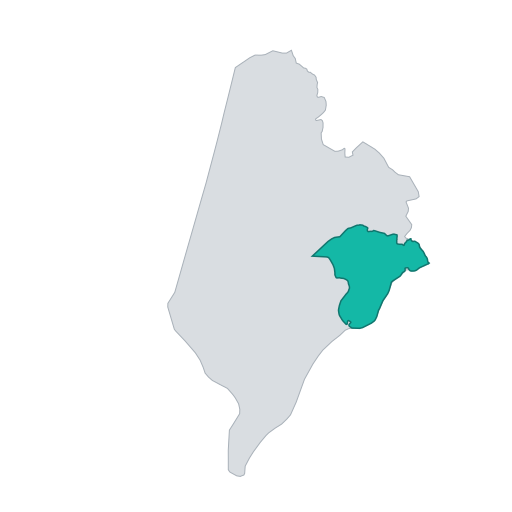 Aleppo highlighted on a map of Syria, rotated 137°
{"feature_id": "SYR-137", "entity_name": "Aleppo", "entity_type": "Province", "adm_level": 1, "iso_a3": "SYR", "parent_name": "Syria", "parent_adm1": "", "projection": "robinson", "projection_center": [37.495, 36.172], "detail": "fine", "context": "in_parent", "style": "filled", "palette": "teal", "viewbox_px": 512, "rotation_deg": 137, "n_neighbors": 0, "source": "natural_earth", "source_scale": "10m", "svg_char_len": 5285}
<svg xmlns="http://www.w3.org/2000/svg" viewBox="0 0 512 512"><g transform="rotate(137 256 256)"><path d="M96.2,188.2L100.0,188.6L108.1,193.4L109.4,193.2L111.9,186.9L114.3,184.8L119.3,182.9L120.7,172.7L123.1,170.7L125.9,169.7L130.2,169.5L134.0,168.9L134.2,167.1L129.0,155.3L129.5,152.3L132.0,140.4L133.6,135.8L135.2,134.3L141.1,134.9L149.4,137.0L151.6,140.4L155.7,143.4L161.8,143.2L168.9,143.8L174.4,144.0L178.8,141.8L188.7,137.8L193.7,136.5L198.1,134.7L212.5,128.2L218.3,128.7L222.2,129.6L225.2,130.6L232.0,135.1L237.6,139.6L241.5,140.9L248.6,140.8L258.8,141.7L271.3,141.6L278.6,140.4L288.0,138.2L304.6,132.8L326.3,121.7L339.1,116.3L344.7,115.7L351.9,115.6L359.1,117.0L367.3,118.0L371.1,117.9L379.9,116.8L391.4,114.6L398.6,112.7L407.2,109.7L412.6,104.7L414.3,104.1L416.6,105.1L417.7,105.4L420.0,108.3L422.4,115.6L422.4,116.5L422.0,118.6L416.4,124.6L408.8,132.8L403.4,138.0L394.2,146.8L387.2,148.6L375.5,151.8L372.4,154.9L369.5,159.8L367.9,166.5L367.4,170.8L367.2,178.7L370.1,186.8L372.8,194.7L373.3,199.9L373.1,205.0L370.6,210.5L367.9,218.0L366.4,226.5L365.8,242.3L365.9,255.9L365.7,258.1L360.9,267.7L355.3,278.9L352.7,281.5L340.2,284.8L326.6,293.0L311.4,302.2L297.6,310.5L283.1,319.2L268.0,328.3L257.2,334.8L242.8,343.4L229.6,351.7L216.2,360.1L206.1,366.5L190.6,376.5L181.6,382.5L168.3,391.1L156.5,398.8L142.6,407.9L125.2,405.2L119.7,403.6L115.2,399.3L111.9,397.0L103.7,394.6L98.4,386.5L95.3,383.6L89.8,382.3L92.2,377.1L92.6,373.7L95.0,369.6L93.5,366.8L92.9,361.0L91.8,359.6L91.4,358.0L92.3,356.2L92.0,354.2L91.0,353.4L90.6,350.5L89.8,348.4L90.2,345.7L91.5,344.1L92.7,340.8L94.2,339.8L96.5,337.7L97.2,335.6L99.3,333.5L102.1,331.8L102.7,330.4L102.3,329.6L99.5,328.1L98.0,325.4L99.4,321.4L100.3,320.2L101.9,318.3L105.7,315.4L108.7,314.9L111.2,314.9L115.5,315.1L118.8,315.6L119.6,314.9L119.5,313.9L115.4,311.5L115.2,309.6L116.2,307.6L119.2,304.4L122.6,302.0L124.4,301.6L128.4,296.9L130.9,291.6L126.9,278.7L124.4,276.6L120.4,274.8L118.0,274.6L117.8,273.7L121.0,270.5L123.3,267.6L120.8,264.9L116.3,263.6L114.6,266.4L108.9,266.7L100.0,266.6L96.2,253.0L95.6,247.1L95.8,240.3L98.5,230.4L97.3,225.8L97.2,222.7L96.5,218.4L89.6,209.2L93.5,192.3L96.2,188.2Z" fill="#d9dde1" stroke="#a8b0b8" stroke-width="1"/><path d="M214.1,127.8L217.4,128.2L227.0,131.0L229.5,132.4L234.9,137.8L235.6,140.6L235.6,140.8L235.6,141.1L235.5,141.5L235.2,142.0L234.7,142.4L232.2,142.7L232.0,142.8L231.8,142.9L231.7,143.2L231.8,143.7L232.0,144.8L232.2,145.3L232.4,145.6L232.5,145.8L232.9,145.9L233.2,145.8L233.6,145.7L234.1,145.4L235.3,144.3L235.7,144.1L235.9,144.1L236.1,144.1L236.3,144.2L236.5,144.3L236.7,144.6L236.7,144.8L236.7,145.1L236.7,149.1L236.5,150.9L236.1,152.6L235.7,154.7L235.4,155.8L234.8,157.0L232.9,159.8L232.4,160.3L231.8,160.8L228.5,163.1L224.4,165.3L216.0,166.7L214.1,166.8L212.7,167.1L210.7,168.2L209.8,168.6L209.5,168.8L209.0,169.4L208.4,170.2L208.0,171.0L207.4,172.5L206.3,174.1L206.1,174.5L205.9,175.0L205.9,175.4L205.9,176.2L206.1,177.1L206.8,178.9L207.2,179.8L207.7,180.4L208.4,181.2L209.1,182.0L209.7,183.1L209.8,183.1L211.8,184.8L212.0,185.1L212.1,185.4L212.0,186.0L211.9,186.3L211.8,186.6L211.7,186.8L211.5,187.5L211.1,188.4L211.0,188.5L210.8,188.8L209.8,189.8L207.8,192.6L207.7,192.7L207.4,193.1L207.0,193.8L205.6,197.2L204.3,202.7L204.0,204.9L204.0,205.2L204.1,205.5L204.2,205.9L204.3,206.1L204.4,206.3L205.1,207.3L214.9,217.5L193.3,217.5L189.0,216.9L186.7,216.2L185.8,215.9L182.5,213.6L182.4,213.5L181.5,212.9L173.1,213.5L170.2,213.4L169.8,213.3L169.4,213.1L167.5,211.9L163.2,210.4L161.1,209.6L160.9,209.4L160.1,208.7L159.8,208.4L159.5,208.3L159.1,208.1L158.8,208.0L157.2,206.1L156.9,205.7L156.7,204.6L156.6,204.2L156.3,203.7L155.8,202.9L155.1,200.6L155.3,200.1L155.7,199.9L156.2,199.6L156.4,199.5L156.7,199.3L157.0,199.0L157.1,198.8L157.3,198.4L157.4,198.2L157.4,197.7L157.2,197.2L155.5,196.0L154.5,195.0L153.9,194.6L153.1,194.5L152.9,194.4L152.6,194.4L152.3,194.0L151.9,193.4L149.4,188.9L146.7,185.0L146.6,184.8L146.6,184.5L146.6,184.0L146.5,182.1L146.4,181.7L146.3,181.3L146.0,181.0L145.5,180.6L141.3,178.7L140.8,178.4L140.3,178.0L139.9,177.5L139.5,176.8L138.5,175.4L139.1,174.4L140.8,173.0L141.1,172.7L141.3,172.4L141.5,172.1L141.8,171.9L142.3,171.7L142.8,171.0L143.8,170.0L144.0,169.7L144.3,169.4L144.3,169.1L144.4,168.9L144.4,168.6L144.2,168.1L142.9,166.5L141.3,165.1L141.0,164.5L140.9,163.6L140.9,163.4L140.8,163.2L140.7,163.0L140.5,162.9L140.3,162.9L139.9,163.0L138.9,163.7L138.6,163.8L137.0,163.8L135.2,164.2L134.6,164.5L134.0,163.8L133.2,163.5L131.5,163.4L131.0,162.9L131.5,162.3L131.8,161.4L131.8,160.8L131.8,160.4L131.6,160.0L131.4,159.6L131.2,159.4L130.4,159.0L130.0,158.7L129.7,158.3L128.8,155.0L128.7,154.0L128.9,153.1L130.4,150.7L130.6,148.1L130.6,145.4L131.3,142.8L131.9,141.4L132.1,140.2L132.1,139.0L132.4,137.7L133.0,136.5L133.8,135.4L134.4,134.2L134.2,132.7L134.7,132.7L135.2,132.7L135.2,132.8L144.5,135.9L147.7,136.1L148.6,136.3L149.7,136.7L150.6,137.2L151.4,137.9L152.9,139.3L153.3,140.1L153.4,141.4L152.9,143.3L153.1,144.0L154.1,144.8L155.0,145.4L155.5,145.3L155.9,144.7L156.7,143.9L157.6,143.5L158.5,143.6L159.3,143.8L160.3,143.9L163.5,143.1L164.6,143.0L172.8,144.5L174.9,144.5L178.7,142.1L182.3,139.9L185.4,138.6L193.7,136.8L201.8,133.2L203.2,132.9L204.1,132.3L209.0,129.3L212.4,128.0L214.1,127.8Z" fill="#14b8a6" stroke="#0f766e" stroke-width="1.5"/></g></svg>